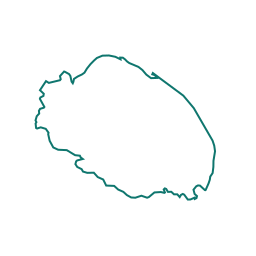 the border of Norfolk, rotated 23°
{"feature_id": "GBR-2319", "entity_name": "Norfolk", "entity_type": "Administrative County", "adm_level": 1, "iso_a3": "GBR", "parent_name": "United Kingdom", "parent_adm1": "", "projection": "orthographic", "projection_center": [0.894, 52.67], "detail": "fine", "context": "isolated", "style": "outline", "palette": "teal", "viewbox_px": 256, "rotation_deg": 23, "n_neighbors": 0, "source": "natural_earth", "source_scale": "10m", "svg_char_len": 1636}
<svg xmlns="http://www.w3.org/2000/svg" viewBox="0 0 256 256"><g transform="rotate(23 128 128)"><path d="M47.1,101.0L47.9,100.9L52.7,101.4L54.6,102.6L58.0,107.4L59.7,108.4L59.7,107.0L59.1,103.9L61.6,100.2L64.7,96.7L66.3,94.1L67.0,89.3L68.5,83.9L70.4,79.1L72.0,75.7L76.2,71.4L82.1,68.7L88.5,67.4L94.3,67.7L93.4,66.2L95.8,65.3L98.5,66.0L101.1,67.1L103.7,67.7L113.8,67.7L118.6,69.0L124.0,71.7L129.7,73.1L135.1,70.6L133.9,69.7L132.4,69.1L131.0,68.9L129.4,69.1L129.4,67.7L166.3,76.6L180.8,84.0L210.8,106.6L214.3,110.6L217.2,115.4L219.5,124.8L221.8,130.5L223.5,136.4L222.7,140.6L223.5,143.6L223.8,147.5L223.7,154.7L223.5,155.0L223.0,155.1L216.8,152.9L214.9,153.5L213.6,155.0L212.4,159.2L215.1,162.7L218.1,163.7L218.4,165.8L217.2,167.2L216.5,166.1L213.4,169.4L211.0,170.5L205.8,167.4L204.2,167.3L202.9,168.9L202.6,171.4L199.3,169.8L196.3,171.1L192.8,169.8L189.7,171.2L187.0,169.2L185.5,169.2L184.9,170.6L187.2,172.9L186.8,173.5L183.3,174.1L177.5,177.0L174.2,183.4L172.8,184.7L166.8,185.1L162.0,189.3L158.1,190.7L153.2,190.2L148.7,188.6L143.0,188.5L137.9,186.7L130.4,189.5L125.3,185.1L119.3,185.0L114.0,182.5L108.0,185.2L103.6,185.7L101.4,184.0L96.5,183.7L93.7,181.8L93.3,179.0L93.9,177.7L98.5,174.2L96.0,173.6L94.5,172.3L89.9,173.7L80.3,172.3L72.2,175.3L66.8,175.1L60.9,170.4L56.9,164.8L56.7,163.4L52.6,160.9L47.4,161.5L44.5,164.0L43.4,163.9L41.2,160.0L41.4,158.4L39.9,157.1L39.4,152.8L40.6,149.4L39.3,147.0L39.6,144.7L42.6,142.2L42.8,141.3L35.5,135.6L35.4,134.2L37.6,131.5L37.1,129.4L32.2,127.6L34.2,116.9L37.5,117.4L46.7,110.6L47.0,109.4L45.1,106.8L46.8,101.9L47.1,101.0L47.1,101.0Z" fill="none" stroke="#0f766e" stroke-width="2"/></g></svg>